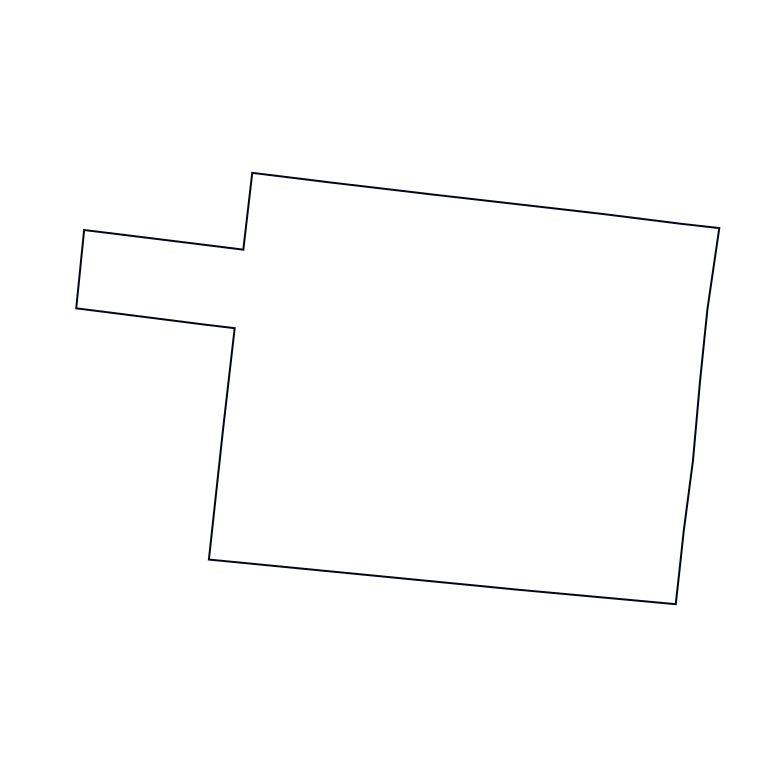 LaSalle, Illinois, United States of America, rotated 97°
{"feature_id": "52423323B71481702095612", "entity_name": "LaSalle", "entity_type": "district", "adm_level": 2, "iso_a3": "USA", "parent_name": "United States of America", "parent_adm1": "Illinois", "projection": "albers", "projection_center": [-88.932, 41.279], "detail": "fine", "context": "isolated", "style": "outline", "palette": "ink", "viewbox_px": 768, "rotation_deg": 97, "n_neighbors": 0, "source": "geoboundaries", "source_scale": "gbopen_adm2", "svg_char_len": 444}
<svg xmlns="http://www.w3.org/2000/svg" viewBox="0 0 768 768"><g transform="rotate(97 384 384)"><path d="M567.0,67.6L532.2,68.0L493.1,68.6L422.3,68.0L341.6,70.7L270.2,72.1L188.4,70.2L188.5,79.9L188.8,109.1L188.7,141.7L188.6,189.3L190.0,355.7L190.5,461.3L190.5,540.5L267.8,540.0L267.7,700.4L346.4,698.7L346.9,569.3L346.8,539.0L426.9,538.4L450.1,538.2L579.6,536.4L571.8,223.8L567.0,67.6Z" fill="none" stroke="#020617" stroke-width="2"/></g></svg>